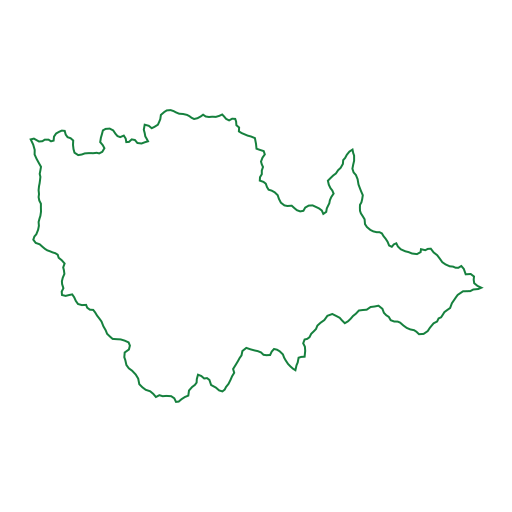 Oliveira, Minas Gerais, Brazil
{"feature_id": "56859067B19683388883575", "entity_name": "Oliveira", "entity_type": "district", "adm_level": 2, "iso_a3": "BRA", "parent_name": "Brazil", "parent_adm1": "Minas Gerais", "projection": "orthographic", "projection_center": [-44.715, -20.754], "detail": "fine", "context": "isolated", "style": "outline", "palette": "green", "viewbox_px": 512, "rotation_deg": 0, "n_neighbors": 0, "source": "geoboundaries", "source_scale": "gbopen_adm2", "svg_char_len": 5209}
<svg xmlns="http://www.w3.org/2000/svg" viewBox="0 0 512 512"><path d="M242.4,351.0L246.3,347.9L250.4,349.3L254.8,350.5L257.7,351.1L261.0,352.4L263.5,354.8L266.5,355.2L270.1,355.0L271.7,351.6L274.0,349.0L277.0,349.7L279.7,351.3L282.9,354.4L284.1,357.6L285.5,360.1L288.0,363.9L290.4,366.4L293.0,368.7L295.4,370.2L296.5,365.3L297.7,362.5L298.6,357.7L301.3,356.9L304.6,356.7L305.2,350.9L304.9,346.7L303.2,343.3L304.6,339.5L307.2,338.9L309.5,337.2L311.2,333.8L313.8,331.3L316.0,329.0L317.4,325.6L320.6,322.7L324.3,320.1L327.4,315.8L332.3,314.0L336.5,316.1L339.7,317.8L341.7,320.1L344.8,323.2L348.0,321.3L350.6,318.8L353.0,316.0L355.9,313.7L358.9,310.5L362.9,310.0L366.7,309.7L370.6,307.0L374.6,306.5L378.5,305.7L382.4,308.8L383.9,312.8L386.2,315.2L388.8,316.9L390.7,320.2L394.2,321.5L397.7,321.6L400.1,322.6L403.4,325.5L406.7,327.9L410.2,329.4L414.1,330.2L416.4,331.7L419.0,334.2L423.6,333.9L427.7,331.1L429.8,327.9L431.5,325.8L433.6,323.3L437.1,321.5L438.6,318.4L441.1,317.3L442.8,314.7L444.4,312.1L447.1,310.1L450.1,308.0L451.9,303.2L454.1,300.0L456.0,297.2L457.7,294.9L460.2,293.2L463.0,291.3L467.0,291.2L470.3,291.1L473.3,289.5L478.3,289.0L481.3,287.7L477.5,285.9L474.2,283.2L473.7,279.7L474.0,276.5L470.7,274.0L465.7,274.3L463.8,268.9L461.3,266.0L458.3,267.8L455.5,267.7L453.0,266.6L449.7,266.3L445.5,264.4L442.3,262.2L439.9,258.8L437.2,255.2L433.6,252.4L430.8,248.7L427.8,248.9L425.3,250.2L421.0,249.2L420.6,252.1L417.0,254.1L412.0,253.5L408.6,252.1L405.3,251.3L400.8,249.3L397.9,246.5L396.3,243.3L393.8,244.4L391.8,246.8L389.1,245.5L387.6,241.8L385.6,238.7L383.5,236.1L381.9,233.4L379.5,232.2L376.7,232.2L373.3,231.4L370.3,229.9L366.9,227.0L365.0,224.1L364.6,219.3L362.6,216.0L360.9,213.4L360.0,210.8L359.9,207.6L360.0,204.8L361.4,202.4L362.2,199.1L362.8,195.2L361.1,191.3L360.0,188.5L358.5,184.5L357.6,179.2L355.9,175.0L353.6,172.4L352.4,168.7L353.2,164.6L354.1,160.8L354.1,155.6L353.2,153.0L352.5,149.6L349.4,151.6L346.8,154.8L345.1,158.0L343.2,160.1L342.9,163.9L340.6,167.9L338.1,170.2L335.9,173.5L333.3,175.4L330.7,177.9L327.9,180.7L328.8,184.7L330.5,188.2L332.3,190.5L333.6,193.6L331.3,197.0L329.9,200.2L329.3,203.3L328.0,205.9L326.8,208.4L326.2,211.9L323.3,213.9L321.8,210.5L319.0,208.4L316.3,207.1L312.6,205.4L308.7,205.6L305.2,207.6L303.4,210.8L300.2,211.4L296.9,210.2L294.6,208.3L291.7,205.7L287.4,206.0L284.4,205.4L280.9,202.7L278.9,198.8L277.7,195.2L274.7,192.3L271.6,190.6L268.6,189.7L267.0,187.1L265.8,183.7L263.5,181.9L259.8,180.6L260.0,177.2L261.8,174.2L261.8,170.5L263.0,167.0L261.8,164.4L261.0,161.6L262.5,157.6L264.8,154.4L263.7,151.1L259.6,149.8L256.5,148.7L256.0,143.8L254.9,138.1L251.0,136.5L247.6,135.6L244.3,134.2L241.7,133.1L238.9,131.4L239.1,127.5L236.4,125.2L236.1,121.5L235.2,118.9L232.2,118.7L229.1,120.4L226.1,118.9L224.1,116.5L222.2,114.5L219.2,115.9L215.8,116.9L212.4,116.7L209.0,117.0L205.7,116.5L203.1,114.7L200.8,116.4L197.5,118.2L194.1,119.0L191.6,117.8L189.3,116.1L187.0,114.9L183.1,114.0L179.1,113.7L176.0,112.4L173.6,111.1L170.6,110.1L166.8,110.4L164.4,111.9L160.9,114.9L160.3,119.1L159.2,121.8L157.9,124.7L154.4,126.9L151.7,128.2L148.8,125.8L144.7,124.7L143.8,129.7L144.7,133.1L145.3,136.4L146.7,138.8L148.0,141.3L144.7,142.3L141.5,143.5L137.4,143.0L134.9,140.0L131.7,139.4L129.0,141.9L126.3,142.1L125.7,138.6L123.8,135.6L120.2,137.1L117.5,136.1L115.5,133.8L113.2,130.4L109.7,128.6L105.6,128.9L102.9,130.4L101.9,134.3L100.9,137.7L100.2,142.1L102.8,145.2L104.4,148.2L102.3,151.8L99.2,153.4L96.7,152.8L93.3,153.2L89.2,153.1L84.8,153.4L81.8,154.5L78.2,155.1L74.5,152.7L73.5,149.1L73.0,144.9L73.2,140.5L70.6,138.2L67.6,137.2L65.7,134.6L64.7,130.9L61.8,130.6L59.1,131.8L56.1,133.5L54.0,136.6L53.6,140.6L51.0,141.3L48.6,139.7L44.7,139.7L42.4,141.2L39.0,141.5L36.5,140.1L33.9,138.6L30.7,139.4L33.2,144.6L34.7,149.9L34.6,154.5L36.5,158.7L38.9,163.1L41.0,166.8L40.4,170.3L39.7,173.9L40.4,176.9L40.0,180.3L39.6,183.3L39.0,186.3L38.6,190.2L39.0,194.1L38.6,197.1L39.3,200.6L40.9,203.7L40.9,207.7L41.0,211.7L40.4,215.8L39.5,218.6L38.6,222.0L38.9,225.8L38.1,229.8L36.3,234.3L34.4,236.5L33.3,239.7L35.7,242.9L39.7,244.3L42.6,246.9L45.0,248.9L47.2,250.3L50.0,251.3L52.6,252.4L55.3,253.2L57.7,254.7L58.7,257.8L61.7,260.2L64.6,263.5L63.2,267.4L63.9,270.2L64.4,273.9L62.8,277.6L61.9,281.2L62.1,284.1L63.4,288.2L61.7,291.6L62.0,295.0L65.6,295.9L69.2,295.0L72.2,294.4L74.2,297.3L75.8,300.9L78.0,304.0L81.9,305.1L86.1,304.9L87.2,307.7L89.9,309.7L93.2,309.9L95.2,312.5L97.0,315.5L99.4,318.6L101.5,321.5L103.4,326.3L105.7,330.3L107.1,333.8L110.0,336.6L112.6,338.9L116.8,339.2L120.6,339.4L124.6,340.6L128.6,342.4L129.9,345.6L128.9,349.5L124.7,352.5L124.3,357.2L125.3,360.1L126.4,365.0L128.8,368.3L132.1,370.7L135.7,374.5L138.2,378.6L139.3,384.2L142.4,387.3L145.7,389.8L150.2,391.3L153.3,393.9L155.9,397.0L159.4,395.2L162.7,396.2L166.4,395.9L171.2,396.2L174.3,398.3L176.0,401.9L178.7,401.6L181.5,399.2L184.9,397.0L188.3,395.6L189.0,390.5L192.1,387.0L194.9,384.9L196.6,382.6L196.8,379.1L198.0,374.7L201.3,376.0L204.2,378.5L207.0,378.1L209.4,379.9L211.1,385.0L215.9,387.6L219.1,390.4L222.4,391.4L224.7,389.6L226.0,387.0L228.5,383.9L230.5,379.9L232.1,376.2L234.2,372.8L233.1,369.0L235.6,365.0L237.9,361.2L239.7,357.9L241.5,355.4L242.4,351.0Z" fill="none" stroke="#15803d" stroke-width="2"/></svg>